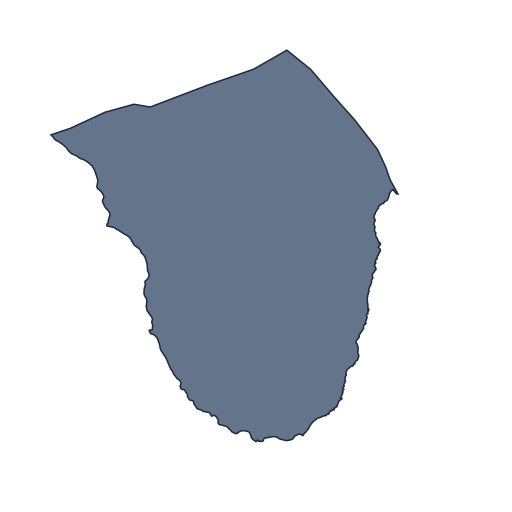 South East Ambrym, Malampa, Vanuatu, rotated 71°
{"feature_id": "77236927B97442931027551", "entity_name": "South East Ambrym", "entity_type": "district", "adm_level": 2, "iso_a3": "VUT", "parent_name": "Vanuatu", "parent_adm1": "Malampa", "projection": "orthographic", "projection_center": [168.254, -16.302], "detail": "fine", "context": "isolated", "style": "filled", "palette": "slate", "viewbox_px": 512, "rotation_deg": 71, "n_neighbors": 0, "source": "geoboundaries", "source_scale": "gbopen_adm2", "svg_char_len": 6150}
<svg xmlns="http://www.w3.org/2000/svg" viewBox="0 0 512 512"><g transform="rotate(71 256 256)"><path d="M71.4,159.8L78.6,197.7L78.7,246.5L80.7,307.6L72.8,321.9L70.9,351.8L74.8,390.1L74.7,410.4L76.5,409.6L77.2,409.1L79.7,408.6L81.3,407.6L83.9,405.2L86.8,403.0L91.6,400.1L95.4,399.1L97.4,398.1L99.4,396.9L102.7,393.2L106.3,390.7L109.9,386.4L114.6,383.2L115.8,382.7L117.4,381.6L123.2,380.6L133.2,380.9L138.6,383.9L140.2,384.0L144.5,381.5L148.4,380.4L150.4,380.6L151.8,381.3L152.9,382.6L154.4,383.4L159.8,383.0L162.5,382.1L164.7,381.0L167.9,380.3L168.8,380.5L170.5,381.3L174.4,384.2L175.1,384.3L176.6,385.0L177.1,386.2L178.2,387.1L178.9,387.2L179.4,386.8L180.2,385.2L181.0,384.0L182.4,381.6L183.7,380.2L186.3,378.4L187.0,377.4L188.4,376.6L190.2,375.0L192.1,373.6L193.2,372.4L195.8,370.4L198.7,369.0L205.0,367.9L206.6,367.3L209.6,365.1L211.8,363.8L213.7,363.4L214.9,363.5L216.3,363.1L218.7,361.8L220.5,361.5L222.6,361.3L227.8,361.6L229.5,361.9L234.8,363.4L237.5,363.1L239.1,363.3L241.1,364.4L242.0,365.4L243.0,367.2L243.6,368.8L243.9,369.2L244.6,369.6L245.8,369.7L247.2,370.0L250.6,372.4L254.8,374.1L257.2,374.3L260.2,373.5L261.3,373.6L263.5,374.0L267.8,376.1L268.7,376.4L272.5,376.8L273.7,376.3L276.9,375.5L278.7,374.7L282.2,374.4L284.1,376.0L285.9,376.2L287.5,376.2L290.1,377.2L291.7,378.1L292.0,379.2L291.3,380.5L291.5,381.2L295.0,381.1L297.2,378.1L298.6,377.3L301.4,376.1L306.3,376.0L310.2,376.2L311.9,376.7L313.2,376.6L314.6,376.5L321.5,374.7L323.6,374.3L325.9,374.1L327.1,373.9L329.9,373.9L335.0,373.4L337.8,372.6L341.4,372.1L346.2,370.5L348.8,368.5L352.0,368.3L353.4,369.3L354.3,370.2L357.1,370.2L358.4,369.0L358.7,368.0L359.3,367.2L363.0,366.5L364.3,365.9L365.7,366.1L366.5,366.6L368.8,366.2L370.3,365.7L371.1,364.9L372.3,362.8L373.5,362.5L375.5,362.9L377.9,362.1L380.9,361.5L381.8,360.7L382.8,359.5L383.3,358.5L384.3,357.5L385.1,357.0L385.9,356.3L386.3,355.2L387.2,354.1L388.7,351.3L389.7,350.7L390.7,350.7L393.0,350.0L393.1,348.7L392.7,347.9L393.3,347.1L394.7,346.1L398.8,345.1L401.2,346.1L402.1,346.2L403.0,346.0L404.1,344.6L404.8,343.0L406.2,341.7L406.7,340.3L408.2,338.8L409.8,338.2L413.2,336.4L414.4,336.1L415.6,334.7L416.2,334.4L417.0,333.5L417.6,332.1L417.3,330.5L416.7,329.2L416.6,327.5L416.9,325.2L417.7,323.4L419.6,320.4L420.6,319.8L421.5,319.5L423.0,319.4L425.8,319.5L427.0,319.4L428.0,318.6L429.1,318.3L429.9,317.5L431.2,316.8L431.5,316.3L430.5,314.9L430.7,314.2L431.3,313.9L432.0,314.0L432.4,312.6L433.0,311.9L433.1,311.1L433.1,309.3L431.8,308.4L431.0,307.6L430.9,306.5L431.5,305.5L431.7,302.3L432.2,300.0L432.3,298.8L433.3,296.3L434.1,295.3L436.5,293.4L437.4,292.2L440.5,287.4L440.6,286.7L440.8,284.6L441.1,284.2L441.1,282.1L440.8,280.4L440.0,279.3L439.2,278.6L438.8,277.5L438.5,274.8L438.6,272.9L439.0,271.7L440.0,271.2L441.1,270.2L440.6,269.7L440.5,269.1L439.8,269.0L438.9,266.6L437.3,264.2L436.8,263.1L433.7,259.7L432.3,257.8L431.1,255.5L430.1,252.7L429.5,250.7L429.5,246.8L429.2,242.9L429.3,242.5L429.8,242.1L429.4,241.3L429.0,241.0L429.0,240.2L428.7,239.6L429.2,238.9L429.0,238.3L427.6,237.6L426.6,235.7L427.2,235.1L426.1,233.4L426.3,232.9L427.0,232.5L427.0,232.3L426.5,232.2L425.9,232.4L425.4,231.8L425.5,231.0L425.2,230.2L424.8,229.7L424.7,229.0L424.9,228.6L424.8,228.3L424.2,228.2L422.0,226.3L420.8,225.6L420.6,224.9L420.0,224.3L419.5,223.4L419.6,222.8L419.3,222.0L418.8,222.6L418.4,222.6L418.3,222.1L418.7,221.6L418.5,221.1L417.6,221.8L415.5,220.5L415.3,219.8L414.9,219.3L414.1,219.1L413.7,218.8L413.6,218.4L413.1,218.3L413.2,218.6L412.6,218.8L412.1,217.8L411.3,217.6L411.0,217.3L411.0,216.6L410.6,216.2L410.3,216.4L410.1,216.9L409.5,216.9L408.7,216.6L408.0,216.2L408.1,215.5L407.6,214.8L406.7,215.0L406.2,214.8L405.7,214.4L405.3,213.7L404.7,213.6L403.7,212.1L402.3,212.2L400.3,211.2L399.3,211.1L398.2,209.5L395.8,209.0L393.9,207.6L392.9,206.4L392.0,203.8L391.6,203.3L391.2,201.6L391.6,200.4L391.3,199.9L390.3,199.1L389.9,198.2L390.3,198.0L390.3,197.7L389.1,197.4L387.5,195.2L387.8,194.5L386.6,193.2L385.0,192.0L383.9,191.3L383.0,191.1L382.4,191.5L381.8,191.3L380.6,191.3L379.2,190.4L378.9,190.5L378.2,190.3L377.1,189.6L375.5,189.0L374.2,189.5L373.3,189.0L371.8,189.1L371.0,189.7L370.4,189.6L369.4,189.1L368.3,188.2L368.0,187.3L366.8,185.8L366.6,185.1L365.6,184.5L365.1,184.8L364.5,184.3L363.8,183.2L363.0,182.5L361.4,180.4L361.1,179.8L359.9,178.4L359.2,177.7L357.9,177.5L356.3,176.0L355.8,175.1L356.0,174.5L355.7,174.0L354.7,174.4L354.1,173.7L352.7,173.1L352.2,172.3L351.1,171.7L350.1,170.8L348.7,171.0L348.1,170.9L346.9,169.8L346.8,169.5L347.0,169.0L346.7,168.7L345.6,168.8L345.3,168.6L345.0,168.0L344.5,167.7L343.9,167.9L343.4,167.7L343.7,166.9L343.1,166.6L342.7,167.0L342.6,167.3L342.0,167.4L341.5,166.9L341.0,166.9L340.2,166.6L339.1,166.6L338.7,166.1L338.4,166.0L336.2,165.7L335.7,165.9L335.3,165.9L334.7,165.1L332.9,164.9L331.8,164.7L330.3,163.3L329.5,163.3L328.1,161.9L327.6,161.7L326.9,161.7L326.3,160.6L324.7,160.4L322.7,159.0L321.9,158.3L320.5,156.7L319.5,156.3L318.6,155.2L317.1,155.0L316.2,154.3L314.7,152.5L313.6,152.5L312.9,152.8L311.7,152.3L310.6,151.1L309.4,149.2L308.8,148.6L308.3,148.4L308.3,147.8L307.6,146.9L306.6,146.5L306.2,146.9L303.6,146.8L303.2,146.9L302.8,146.5L301.6,145.9L302.1,145.6L301.6,144.9L300.6,145.3L299.2,144.3L298.2,143.9L298.5,143.2L298.3,142.7L297.0,141.9L296.0,141.8L295.7,141.6L295.4,140.7L295.1,140.1L294.0,139.5L293.4,138.5L292.4,137.8L291.7,136.8L291.0,136.5L289.5,136.5L287.5,137.6L286.9,137.0L286.3,135.3L285.1,134.3L284.2,135.5L283.3,134.6L282.7,135.4L282.0,135.4L280.9,135.7L279.6,135.6L278.4,135.7L277.5,136.1L275.2,136.1L272.8,135.1L272.0,135.6L270.6,135.7L269.8,135.5L267.6,134.1L266.5,134.0L265.6,134.3L264.5,134.4L262.3,132.8L261.5,132.0L260.6,131.5L260.3,131.5L259.2,132.0L258.5,132.0L257.5,131.5L256.6,131.3L255.9,130.9L255.1,129.7L253.6,128.7L252.9,127.9L252.5,127.1L251.6,126.5L250.7,124.7L249.0,123.9L248.5,122.9L248.0,121.0L247.5,120.3L247.5,120.0L247.8,119.2L247.8,118.5L246.6,116.7L245.9,113.7L244.4,112.3L243.9,111.5L242.6,111.1L241.9,110.3L240.9,109.8L238.1,106.7L238.3,105.6L237.9,104.8L242.9,103.0L243.6,101.6L227.6,104.4L214.5,104.4L194.9,106.4L158.9,118.6L130.8,130.4L97.5,143.5L71.4,159.8Z" fill="#64748b" stroke="#1e293b" stroke-width="1.5"/></g></svg>